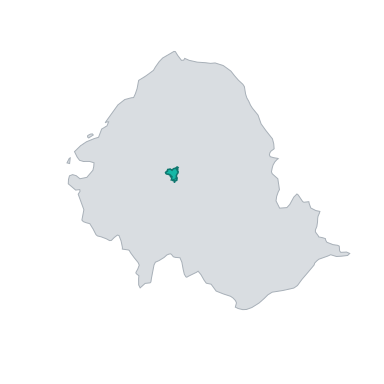 Baribour, Kâmpóng Chhnang, Cambodia shown in context, rotated 62°
{"feature_id": "14789045B88819802206613", "entity_name": "Baribour", "entity_type": "district", "adm_level": 2, "iso_a3": "KHM", "parent_name": "Cambodia", "parent_adm1": "Kâmpóng Chhnang", "projection": "mercator", "projection_center": [104.462, 12.421], "detail": "fine", "context": "in_parent", "style": "filled", "palette": "teal", "viewbox_px": 384, "rotation_deg": 62, "n_neighbors": 0, "source": "geoboundaries", "source_scale": "gbopen_adm2", "svg_char_len": 6080}
<svg xmlns="http://www.w3.org/2000/svg" viewBox="0 0 384 384"><g transform="rotate(62 192 192)"><path d="M320.3,81.6L321.1,84.4L319.0,89.8L316.8,94.7L312.5,99.0L312.3,102.2L310.9,111.6L311.5,114.5L312.4,117.1L313.8,118.5L317.5,127.6L320.8,136.0L324.1,142.8L324.6,147.2L321.6,158.1L318.1,168.2L318.4,173.2L319.9,178.2L321.5,184.9L322.1,193.4L321.3,199.0L319.7,202.4L316.6,205.9L314.0,207.8L310.8,204.8L308.3,204.6L304.9,205.5L302.2,206.9L296.8,212.1L290.8,217.2L282.4,218.4L279.2,222.2L275.7,222.7L269.1,222.9L264.8,223.8L265.0,225.7L264.7,234.5L264.8,236.6L264.1,237.2L261.1,237.4L256.1,236.1L249.2,233.9L244.4,233.5L241.9,237.4L240.4,238.9L238.5,239.2L236.6,239.8L236.0,241.6L235.8,243.7L236.7,247.4L237.1,253.3L236.8,257.3L238.6,259.8L249.1,268.3L252.1,270.5L252.5,271.7L250.7,276.3L252.3,282.8L249.0,282.7L243.6,279.9L241.0,278.2L237.8,279.6L236.7,279.3L234.6,276.1L231.8,272.9L228.9,272.7L222.8,273.9L216.6,274.8L214.2,274.8L213.3,275.4L209.7,280.3L208.1,279.4L201.9,277.6L196.2,276.9L195.0,278.1L195.7,282.1L196.9,286.0L196.2,287.6L193.1,289.6L188.9,293.3L186.4,296.1L184.6,296.8L178.3,296.7L172.0,297.1L169.5,299.8L167.1,301.9L165.1,302.4L156.9,295.8L140.5,293.5L138.8,290.5L137.2,290.0L135.7,293.8L126.7,297.4L123.0,295.2L120.2,292.6L120.6,289.3L123.2,286.6L127.7,284.7L129.7,278.0L126.3,269.3L123.4,266.8L120.2,264.8L116.9,268.1L114.1,273.5L111.2,276.4L107.2,277.0L101.2,276.8L98.8,268.6L98.1,261.6L98.9,253.5L99.8,248.8L94.0,242.2L93.7,236.0L90.9,232.7L90.1,234.4L90.2,236.2L89.4,234.9L80.3,216.5L78.8,208.0L80.3,201.4L81.2,199.2L78.6,195.8L74.9,191.9L68.4,186.7L67.9,178.6L66.5,168.9L64.5,165.7L61.5,159.8L59.9,154.9L59.4,141.9L60.2,140.8L64.8,140.5L70.8,139.5L71.7,137.4L70.6,135.7L74.4,132.7L79.9,126.3L84.1,119.5L87.1,115.3L88.9,111.0L95.1,105.0L103.5,100.9L109.2,99.9L115.2,98.5L120.9,96.5L123.6,96.3L130.7,98.7L134.6,99.4L138.6,99.3L142.8,99.6L146.4,99.3L155.1,97.6L164.3,99.0L172.6,97.9L182.8,96.0L187.8,97.2L192.4,99.2L193.0,103.1L194.0,104.9L195.6,106.3L197.6,106.3L200.2,103.6L202.4,100.7L203.1,100.2L203.2,101.6L204.3,104.7L206.2,107.7L208.2,109.7L211.5,112.4L213.6,112.6L220.6,110.0L231.0,113.7L232.2,115.6L235.6,119.3L239.3,122.0L247.4,122.2L250.3,115.6L248.9,111.5L244.3,104.5L243.0,100.3L244.5,99.6L252.4,98.8L253.6,98.0L255.4,93.4L257.5,94.0L261.9,94.6L266.5,91.4L269.2,88.2L270.7,89.7L272.4,91.9L274.1,93.3L277.5,95.3L281.1,98.0L283.4,100.8L285.2,101.8L289.9,101.1L291.1,101.2L293.9,97.9L295.8,96.1L297.4,96.6L299.7,96.5L304.6,92.3L307.4,88.5L308.9,87.4L313.3,89.3L315.1,89.0L317.6,83.7L320.3,81.6ZM95.8,257.8L94.9,258.3L94.0,258.2L93.2,257.5L93.2,254.5L93.9,252.7L95.3,252.4L95.8,257.8ZM109.4,286.7L107.6,288.7L104.7,284.6L104.7,283.5L109.4,286.7Z" fill="#d9dde1" stroke="#a8b0b8" stroke-width="1"/><path d="M172.5,198.5L172.7,198.9L172.8,198.9L172.8,199.0L172.9,199.3L172.8,199.8L172.7,199.9L172.7,199.4L172.6,199.1L172.5,198.9L172.4,198.8L172.2,198.7L172.3,198.8L172.3,199.0L172.4,199.3L172.1,199.3L171.6,198.8L171.4,198.6L171.2,198.5L170.9,198.5L170.8,198.4L170.5,198.2L170.3,198.3L170.2,198.2L170.0,197.9L169.9,197.7L169.7,197.6L169.4,197.2L169.2,196.9L169.1,196.6L169.0,196.3L169.0,196.2L168.9,196.0L168.7,195.9L168.7,195.7L168.5,195.3L168.3,195.1L168.4,195.3L168.2,195.2L167.9,194.9L167.7,194.7L167.4,194.7L167.3,194.8L167.5,194.9L167.8,195.0L167.7,195.0L167.3,195.0L167.2,195.0L167.1,194.9L166.9,194.8L166.5,194.9L166.4,194.9L166.3,195.0L166.1,195.0L165.9,194.9L165.7,194.7L165.1,194.8L164.8,194.9L164.7,194.9L164.4,194.8L164.2,194.8L164.1,195.0L163.9,195.1L163.6,195.1L163.3,194.9L163.2,194.8L163.1,195.0L163.1,195.3L163.2,195.5L163.2,195.8L163.1,196.0L163.1,196.3L162.9,196.5L162.8,196.9L162.8,197.6L162.8,197.8L162.9,198.0L163.0,198.2L163.2,198.7L163.2,198.8L163.1,199.1L163.2,199.3L163.4,199.5L163.1,199.7L162.9,199.7L162.6,199.7L162.4,200.0L161.9,200.4L161.7,200.6L161.4,200.6L161.4,200.8L161.3,201.1L161.2,201.4L160.8,202.7L160.7,202.9L160.8,203.0L161.0,203.2L161.3,203.4L161.6,203.6L161.9,203.7L162.0,203.8L161.9,203.9L161.8,204.2L161.8,204.3L162.0,204.5L161.9,204.8L162.1,205.1L162.1,205.3L162.1,205.6L162.2,206.0L162.3,206.2L162.5,206.2L162.8,206.3L163.0,206.2L163.3,206.3L163.4,206.2L163.6,206.3L163.8,206.2L164.0,205.9L164.4,205.8L164.5,205.7L164.7,205.4L164.8,205.2L165.0,204.8L165.1,204.6L165.3,204.6L165.5,204.5L165.6,204.4L165.6,204.2L165.8,204.1L166.0,203.9L166.1,203.7L166.3,203.5L166.3,203.4L166.5,203.3L166.8,203.3L166.9,203.5L167.0,203.5L167.4,203.7L167.6,203.6L167.8,203.6L168.0,203.6L167.9,203.5L168.0,203.5L168.0,203.4L168.1,203.5L168.3,203.4L168.4,203.2L168.5,203.2L168.9,203.0L168.9,202.9L169.0,202.9L169.1,202.6L170.1,203.3L170.5,203.6L171.6,204.6L171.7,204.4L171.8,204.2L172.0,204.1L172.4,203.9L172.2,203.7L172.3,203.6L172.4,203.4L172.5,203.3L172.4,203.3L172.4,203.2L172.5,203.1L172.5,202.9L172.4,202.8L172.4,202.7L172.5,202.6L172.7,202.4L172.7,202.2L172.8,202.1L173.0,202.2L173.2,202.5L173.3,202.6L173.5,202.7L173.6,202.8L173.9,202.8L174.1,202.8L174.3,202.7L175.1,203.0L175.6,203.2L175.1,202.7L174.9,202.3L174.8,202.2L174.7,202.2L174.4,201.9L174.3,201.7L174.3,201.2L174.3,200.9L174.5,200.4L174.6,200.2L174.5,199.9L174.3,199.7L174.1,199.6L172.6,198.5L172.5,198.5ZM163.2,194.3L163.3,194.4L163.9,194.5L164.1,194.5L164.3,194.5L164.4,194.4L164.6,194.3L164.7,194.2L164.8,194.1L165.2,194.2L164.9,193.9L164.6,193.8L164.2,193.9L163.7,193.7L163.6,193.4L163.4,193.2L163.2,193.2L163.2,193.3L163.2,193.5L163.4,193.8L163.2,193.8L163.3,194.0L163.2,194.0L163.1,193.9L163.0,194.0L163.2,194.3L163.2,194.3ZM164.1,193.4L163.9,193.0L163.8,192.8L163.7,192.9L163.8,193.0L163.7,193.1L163.6,193.3L163.8,193.6L163.9,193.8L164.0,193.8L164.3,193.8L164.5,193.7L164.8,193.7L165.0,193.8L165.2,194.0L165.4,194.2L165.6,194.3L165.8,194.3L165.7,194.2L164.9,193.7L164.6,193.6L164.3,193.5L164.2,193.4L164.1,193.4ZM165.3,194.3L165.1,194.2L164.9,194.2L164.7,194.3L164.8,194.3L165.1,194.4L164.9,194.5L165.0,194.7L165.1,194.8L165.5,194.7L165.9,194.8L166.0,194.8L165.9,194.8L166.0,194.9L165.9,194.7L165.7,194.5L165.3,194.3ZM166.2,194.7L166.5,194.6L166.2,194.5L165.9,194.5L166.0,194.6L166.2,194.7Z" fill="#14b8a6" stroke="#0f766e" stroke-width="1.5"/></g></svg>